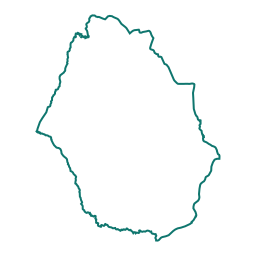 outline of Quinchia, Risaralda, Colombia
{"feature_id": "7082276B81179954496146", "entity_name": "Quinchia", "entity_type": "district", "adm_level": 2, "iso_a3": "COL", "parent_name": "Colombia", "parent_adm1": "Risaralda", "projection": "robinson", "projection_center": [-75.724, 5.326], "detail": "fine", "context": "isolated", "style": "outline", "palette": "teal", "viewbox_px": 256, "rotation_deg": 0, "n_neighbors": 0, "source": "geoboundaries", "source_scale": "gbopen_adm2", "svg_char_len": 5675}
<svg xmlns="http://www.w3.org/2000/svg" viewBox="0 0 256 256"><path d="M156.1,240.5L157.5,240.6L158.2,240.4L158.9,240.0L160.9,237.8L162.2,237.1L165.7,236.3L168.7,235.2L173.2,231.0L175.1,229.6L176.5,228.9L177.9,228.3L180.8,227.7L185.1,226.3L189.8,224.1L191.8,222.7L191.5,222.1L193.5,220.2L195.1,217.5L195.6,216.3L196.0,216.4L196.3,215.4L196.2,214.4L195.5,212.0L193.4,208.4L193.5,206.5L194.0,204.4L194.5,203.5L198.2,200.6L199.1,198.9L199.4,197.2L199.0,194.1L199.5,188.7L200.2,184.9L200.7,183.9L201.1,183.4L202.8,182.0L204.0,181.3L205.1,179.5L205.6,177.5L205.8,177.1L206.3,176.7L208.1,175.7L208.8,175.1L211.2,170.7L211.4,166.6L212.9,162.4L214.5,159.8L215.1,159.4L217.0,158.8L219.4,158.8L219.5,156.7L219.4,155.5L219.1,154.8L218.1,154.2L217.8,153.7L216.9,150.9L216.9,150.3L215.8,148.0L215.3,147.3L213.7,146.4L212.0,145.9L210.4,144.7L209.1,144.1L206.5,142.3L204.2,141.4L203.6,140.9L203.2,140.1L203.1,139.7L203.2,139.0L203.0,138.5L203.2,138.0L203.1,137.0L203.9,137.0L203.8,135.9L202.6,135.1L202.5,134.8L202.7,134.5L202.2,134.1L201.8,132.7L201.6,130.9L199.8,129.2L199.4,128.5L199.5,128.0L200.0,126.7L199.5,125.2L200.6,123.8L200.4,123.1L200.6,122.7L200.5,122.1L200.0,121.5L200.6,121.1L200.6,120.6L200.5,120.3L199.0,120.2L198.2,119.7L197.9,119.2L197.4,117.1L196.9,116.3L196.4,116.0L195.4,114.2L193.8,108.9L193.3,98.1L193.0,92.9L194.2,87.0L194.4,84.4L194.1,84.0L192.7,83.5L191.9,83.5L189.6,83.9L187.5,83.8L178.9,83.9L177.7,83.7L176.8,83.0L174.6,80.8L173.9,79.8L168.5,67.2L166.7,64.9L166.1,64.5L164.5,63.9L164.3,63.5L161.4,57.1L160.5,56.7L159.2,56.8L158.7,56.6L158.3,56.1L158.0,54.3L157.7,54.2L156.8,54.2L156.0,53.8L155.6,53.4L154.7,52.9L154.0,51.0L153.6,50.4L153.0,50.0L151.0,49.4L150.3,48.9L150.1,48.1L150.3,47.2L151.4,43.6L153.4,38.1L152.3,36.6L151.4,34.9L150.6,32.6L150.1,31.7L149.2,30.9L148.5,30.8L146.3,31.4L142.9,32.0L141.3,32.7L140.2,32.7L139.6,32.3L139.1,30.2L138.8,29.7L134.4,30.2L133.1,30.7L131.7,31.7L129.8,33.4L126.5,28.2L125.4,27.1L121.4,23.9L119.2,20.6L118.0,19.2L117.2,18.7L113.5,17.1L112.0,16.2L109.6,15.9L107.9,16.4L105.5,19.0L105.1,19.3L102.9,18.6L99.4,17.1L98.8,16.9L97.8,17.1L97.1,16.8L96.2,16.7L94.7,15.5L92.2,15.4L91.8,15.8L90.6,16.3L90.1,17.5L89.4,18.3L89.2,19.0L89.4,20.6L88.7,22.1L87.4,22.9L86.4,24.0L86.3,24.6L86.8,26.1L86.8,26.8L86.7,27.5L85.7,28.4L85.7,28.7L87.0,30.7L87.3,31.6L87.9,35.1L88.7,36.1L88.7,36.8L88.5,37.2L88.0,37.3L87.2,36.8L86.7,36.8L86.5,37.0L86.6,37.6L85.4,38.1L85.3,37.7L85.6,36.8L85.4,36.3L85.0,36.3L84.7,37.0L84.2,37.3L83.4,37.0L82.6,36.0L82.2,36.1L81.6,37.2L81.3,37.3L81.1,37.2L81.1,36.9L81.5,36.1L81.3,34.9L81.4,34.2L81.0,34.1L80.3,34.5L79.7,33.7L79.3,33.9L79.2,34.5L78.4,33.2L78.1,32.9L77.7,32.8L77.5,33.0L77.9,33.6L77.8,33.9L77.4,34.0L76.6,33.6L75.8,33.6L75.5,35.1L75.9,36.6L75.8,37.0L75.6,37.2L74.8,36.7L74.4,36.9L73.5,38.6L73.4,40.1L73.2,40.7L71.9,42.2L71.0,42.7L70.7,43.3L70.5,44.8L70.6,47.4L69.8,48.7L69.7,50.3L69.1,51.2L67.8,51.8L67.5,52.3L67.7,53.4L67.4,54.2L67.8,54.9L67.7,55.9L68.1,57.4L67.4,59.2L67.6,61.3L67.1,62.2L67.1,62.8L67.5,63.7L67.1,64.1L65.6,67.4L65.2,68.8L65.2,70.4L65.0,71.0L64.4,71.5L63.9,72.5L60.4,75.2L59.6,76.8L59.6,78.9L60.3,81.4L60.3,82.1L59.7,84.2L59.6,86.3L58.6,87.2L58.1,88.9L57.7,89.3L56.7,89.7L56.0,89.7L55.6,90.1L55.6,91.2L55.0,92.1L55.0,93.5L54.4,94.6L53.4,95.3L53.0,96.4L52.1,97.4L52.0,100.3L51.0,101.4L51.3,102.7L50.4,104.4L50.4,105.4L50.1,106.2L49.5,106.6L48.4,106.9L47.8,107.2L46.3,112.3L42.3,118.2L39.9,122.1L37.6,128.6L37.1,130.6L36.5,131.4L37.0,132.0L37.9,132.5L38.2,132.4L38.2,131.8L38.6,131.8L39.2,132.2L39.3,132.5L39.6,132.6L39.7,132.8L40.1,132.7L40.2,133.0L40.0,133.3L40.4,133.4L40.7,133.7L41.8,133.4L43.3,134.1L44.6,134.4L45.5,135.3L46.0,135.2L47.7,135.5L49.0,136.4L50.6,136.8L51.1,137.6L51.1,138.8L51.3,139.0L51.3,139.5L51.6,139.8L51.5,140.2L52.9,143.1L54.1,145.2L56.4,147.5L57.2,147.8L58.7,148.0L60.3,149.0L60.7,149.7L61.2,150.9L61.6,153.5L63.2,155.7L64.7,157.1L65.6,157.7L66.8,159.0L67.0,159.5L67.4,162.1L68.1,163.3L67.9,164.3L68.8,165.2L69.1,166.7L70.1,168.2L70.6,171.1L71.7,171.5L72.9,172.5L73.5,173.8L74.7,175.1L75.4,175.5L75.7,176.3L76.1,176.7L76.1,177.0L75.6,178.5L75.9,180.1L75.6,180.9L75.3,183.4L75.5,183.7L76.3,184.0L76.7,184.8L77.2,185.3L77.6,186.0L78.1,186.3L78.8,188.5L79.6,189.4L79.8,190.5L79.3,191.9L79.7,192.3L79.9,196.7L80.6,197.8L80.7,198.7L81.2,200.5L81.8,201.5L82.1,202.6L81.1,203.9L82.4,205.4L82.7,206.1L82.7,208.5L82.8,209.2L84.3,210.4L84.5,211.3L84.8,211.7L86.3,212.8L86.8,212.9L87.9,212.3L89.2,212.9L89.9,212.8L90.0,213.1L89.7,213.8L89.8,214.1L90.6,214.1L90.8,214.3L90.9,215.7L91.4,215.9L92.3,215.7L93.4,216.5L94.8,215.8L95.5,216.0L95.7,216.8L95.3,218.4L95.6,218.9L96.2,219.2L96.3,219.7L96.0,220.3L96.2,221.3L96.1,222.6L96.3,222.9L97.7,223.0L98.2,223.3L98.2,223.8L97.9,225.0L98.3,225.9L100.9,226.8L101.0,226.6L100.9,225.7L101.2,225.2L101.7,225.0L103.5,225.8L104.1,225.8L104.6,225.2L105.0,224.2L105.4,224.0L105.7,224.2L106.1,224.8L107.1,224.8L107.5,225.0L108.3,226.4L109.1,227.0L111.4,227.4L112.9,228.3L115.2,228.0L115.5,228.7L116.1,229.3L116.8,229.4L117.8,229.1L118.3,229.6L119.6,230.1L120.3,230.8L120.9,230.5L121.3,229.7L121.8,229.6L122.2,230.0L122.7,230.1L123.4,229.4L124.0,229.3L124.9,229.8L125.4,229.8L126.1,229.3L126.6,228.5L127.0,228.5L127.8,229.2L129.2,230.2L129.6,230.2L130.2,229.9L130.6,229.9L131.3,230.9L132.4,231.6L133.3,233.2L134.2,232.2L134.8,232.2L135.4,232.4L135.7,233.3L136.7,232.6L138.7,233.0L139.3,232.5L139.5,232.0L139.1,230.8L139.2,230.6L139.7,230.4L140.1,230.5L141.1,231.4L142.2,231.8L143.8,231.4L145.3,231.6L146.7,230.8L147.6,230.6L149.0,230.9L150.2,231.7L151.2,231.5L151.5,232.9L152.3,233.7L153.6,233.8L154.7,234.3L155.6,234.1L156.3,235.8L155.4,237.7L155.5,238.4L156.1,239.4L156.1,240.5Z" fill="none" stroke="#0f766e" stroke-width="2"/></svg>